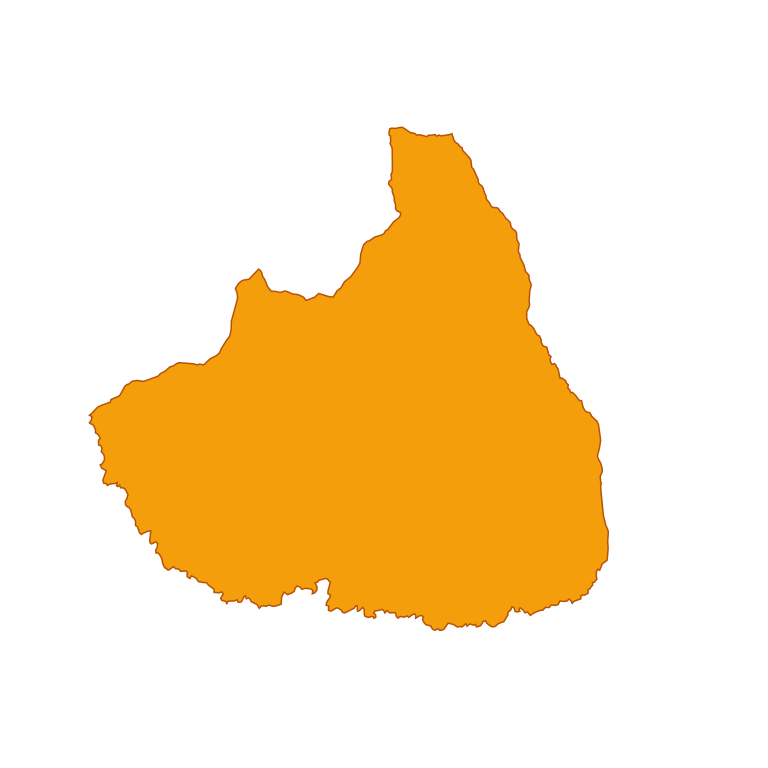 Amambai, Mato Grosso do Sul, Brazil (Equal Earth projection), rotated 199°
{"feature_id": "56859067B60164286614093", "entity_name": "Amambai", "entity_type": "district", "adm_level": 2, "iso_a3": "BRA", "parent_name": "Brazil", "parent_adm1": "Mato Grosso do Sul", "projection": "equal_earth", "projection_center": [-54.945, -23.219], "detail": "fine", "context": "isolated", "style": "filled", "palette": "amber", "viewbox_px": 768, "rotation_deg": 199, "n_neighbors": 0, "source": "geoboundaries", "source_scale": "gbopen_adm2", "svg_char_len": 6171}
<svg xmlns="http://www.w3.org/2000/svg" viewBox="0 0 768 768"><g transform="rotate(199 384 384)"><path d="M504.1,136.9L503.6,139.9L498.8,139.4L495.1,136.7L489.0,137.7L487.2,138.5L484.7,136.8L477.9,134.6L476.9,131.6L471.6,133.0L469.7,134.7L467.7,133.1L468.7,128.1L466.9,126.6L463.1,127.0L461.1,125.2L460.7,127.9L454.7,130.2L452.8,132.2L450.9,130.2L449.0,130.7L447.8,132.1L447.2,136.9L446.1,138.6L444.3,136.1L442.3,137.6L440.6,136.9L438.6,134.9L432.2,134.2L428.9,131.3L427.8,134.0L425.3,135.3L423.2,135.3L421.1,137.4L416.8,137.6L414.5,138.6L409.5,142.3L411.3,148.6L411.2,151.9L410.5,154.7L406.6,153.4L402.5,157.0L401.3,159.1L401.5,161.7L400.6,164.5L397.4,164.8L395.0,163.1L391.8,165.3L386.1,166.4L384.1,165.6L383.5,162.3L381.7,163.7L380.4,166.9L381.0,170.0L384.4,173.6L382.5,175.0L381.4,177.4L376.1,181.0L373.8,181.3L372.1,179.8L370.3,179.3L369.5,169.7L368.7,167.4L365.9,166.9L365.7,164.4L367.2,159.1L366.7,156.0L364.0,156.1L362.9,152.0L360.8,151.8L359.3,152.8L356.4,156.4L354.9,157.2L350.7,156.3L348.7,154.5L346.4,154.9L339.1,162.4L338.6,165.0L337.1,165.5L335.1,160.5L333.5,161.6L331.4,165.8L329.4,164.5L327.7,159.8L326.2,158.1L322.4,158.3L320.4,160.0L318.5,160.6L317.2,159.2L315.8,160.7L316.9,163.2L319.1,164.1L318.6,166.7L316.3,167.5L312.3,170.3L310.3,169.5L308.6,167.8L307.5,170.7L304.1,169.5L298.8,171.5L296.6,168.2L294.6,167.2L293.0,169.5L289.0,170.1L286.5,172.3L284.7,171.4L281.7,175.5L279.9,176.6L278.4,175.2L277.9,172.8L274.5,176.8L272.7,177.2L270.9,176.6L271.0,174.1L268.9,171.7L266.2,170.1L260.9,170.4L259.7,169.0L257.6,167.8L255.3,167.9L253.3,170.2L251.1,169.2L249.2,170.0L247.5,171.7L245.5,178.7L240.0,179.3L235.6,178.1L233.7,179.3L231.1,179.7L228.7,183.9L226.6,182.1L224.8,185.1L220.8,185.1L219.2,186.5L217.5,184.4L214.0,186.8L212.8,192.1L210.5,192.9L208.9,191.3L204.5,189.7L202.4,189.7L199.9,191.0L197.6,195.0L193.3,198.3L191.6,206.0L192.5,208.5L190.6,211.7L190.5,215.0L187.9,214.5L185.9,211.5L183.7,211.9L181.5,213.4L183.0,214.8L182.4,216.7L179.4,215.8L176.2,213.5L174.0,215.2L170.4,212.8L167.5,216.6L164.9,218.9L162.0,221.2L160.2,221.8L158.7,225.2L155.1,226.5L154.0,229.5L149.3,230.7L147.5,232.3L147.1,236.0L142.5,237.2L140.3,238.5L139.0,240.9L136.7,240.0L134.7,237.9L133.5,240.5L128.0,244.9L128.9,247.6L127.4,249.1L125.3,249.9L122.9,252.6L124.0,255.9L122.7,257.5L122.1,260.0L121.2,261.7L122.2,264.0L120.6,265.0L119.2,268.8L120.6,271.3L122.1,275.8L121.5,278.5L119.4,278.1L119.1,285.1L115.7,289.9L116.4,293.2L118.5,301.3L121.3,308.2L123.6,316.8L124.8,318.9L128.6,323.0L133.9,331.4L144.3,354.0L146.1,358.6L146.1,360.9L147.5,362.4L149.5,367.1L149.1,371.8L149.9,374.6L152.9,379.2L158.1,384.1L158.9,386.1L159.4,393.5L160.9,401.5L168.1,415.6L170.6,418.2L177.0,421.0L179.9,423.8L183.7,423.6L185.5,424.3L188.4,427.1L191.7,432.4L194.3,432.2L198.9,435.4L202.9,437.4L204.6,436.7L206.7,439.1L208.8,440.0L209.6,443.3L211.7,444.3L213.5,446.3L217.7,447.5L219.5,446.9L224.4,455.1L226.4,456.2L227.8,458.1L229.8,458.8L231.4,457.1L233.5,458.9L235.0,461.2L235.1,464.4L237.5,465.1L242.1,471.8L246.0,471.7L248.8,474.5L249.7,476.9L252.7,480.1L255.4,480.3L260.5,485.2L264.2,487.4L266.0,487.3L270.2,492.1L272.6,498.7L271.9,503.5L272.3,507.0L273.6,509.0L276.5,519.6L276.9,525.0L278.0,527.2L279.9,528.9L281.4,531.4L282.1,533.8L287.1,536.8L290.2,541.8L296.6,548.1L297.7,550.8L299.5,552.1L300.5,554.3L301.9,560.5L305.4,563.9L307.8,569.9L309.8,571.7L312.6,572.3L315.3,574.2L316.5,576.7L317.8,578.2L323.2,580.6L328.0,584.4L329.8,584.7L333.3,587.3L335.1,587.4L337.7,586.5L340.3,586.7L343.3,589.7L347.2,591.9L348.7,594.9L352.0,598.4L354.3,601.8L356.6,603.4L359.2,604.2L360.5,605.6L361.5,607.9L369.1,616.1L371.5,617.3L374.7,623.9L376.6,625.5L385.7,630.5L386.9,632.6L390.2,633.6L391.9,635.0L395.3,635.8L397.4,637.6L401.3,642.8L403.2,641.1L410.9,637.1L413.0,637.3L415.2,635.4L416.9,636.5L420.6,634.4L422.4,634.0L424.3,631.8L430.4,631.5L434.3,630.0L436.3,630.9L441.2,630.3L449.8,632.7L452.3,631.9L456.0,629.5L460.0,628.4L461.6,627.3L461.1,623.1L460.2,621.1L458.4,620.5L457.9,618.3L456.7,616.0L456.6,613.4L453.7,610.5L452.7,608.7L446.8,592.1L445.3,587.6L445.5,584.2L443.4,579.8L445.1,577.6L444.9,574.6L439.9,571.4L438.7,568.3L435.1,563.9L434.3,561.2L431.2,556.9L430.3,553.7L428.4,552.0L424.2,551.5L423.3,548.6L424.3,545.5L427.7,540.6L430.8,531.1L432.4,529.5L432.9,526.4L434.6,524.3L440.9,519.6L444.5,514.5L446.3,513.5L448.6,509.0L448.3,499.2L446.1,490.5L446.7,486.6L450.4,474.6L454.7,467.7L456.0,460.9L458.7,456.9L460.3,449.6L465.4,448.6L475.1,448.4L477.8,443.5L485.0,437.6L488.2,439.8L490.4,440.2L494.7,440.5L499.4,439.4L506.1,439.9L508.3,439.5L512.1,436.6L516.0,436.4L520.9,435.1L525.5,437.9L530.6,443.8L533.6,446.0L535.7,449.2L537.7,451.0L539.9,451.8L545.9,438.9L550.4,436.7L552.7,434.5L554.3,431.4L555.6,426.0L552.3,421.8L550.7,418.3L550.1,414.8L548.8,393.8L546.4,386.2L545.6,381.2L545.6,378.6L547.3,373.4L549.5,363.6L549.5,360.8L550.3,358.6L551.7,356.3L556.5,351.4L560.7,343.4L564.9,342.8L566.6,341.3L570.5,341.1L584.6,337.5L586.3,336.2L589.4,332.2L591.9,330.6L594.9,325.2L598.8,321.0L600.3,317.7L612.2,308.2L618.5,307.0L622.9,304.7L625.1,301.0L627.0,299.7L628.4,297.2L629.6,289.5L630.5,286.4L637.1,280.5L636.9,277.6L643.0,272.9L647.3,268.8L651.0,260.5L652.3,258.6L649.5,258.1L649.0,254.5L649.9,251.4L648.2,250.8L646.6,251.0L644.8,249.9L642.0,247.0L640.9,243.9L638.7,243.5L636.5,242.2L634.7,240.0L635.6,237.8L633.9,233.3L631.8,233.5L629.8,231.6L629.2,227.8L626.7,226.6L625.1,224.8L624.0,222.7L623.7,220.3L624.5,216.7L626.0,215.2L623.6,212.6L618.4,211.5L618.5,201.5L616.9,199.0L614.3,199.4L612.5,198.0L610.6,200.2L605.9,202.4L604.1,203.9L603.9,200.8L602.2,200.4L601.0,202.2L599.3,200.1L596.8,200.9L594.3,200.1L590.2,196.2L589.8,193.2L590.3,188.4L589.1,185.7L587.2,184.5L584.8,184.1L582.4,182.4L578.6,176.4L576.3,175.5L574.4,173.7L572.9,169.3L570.7,168.8L566.8,163.8L564.6,162.7L561.3,166.3L559.1,168.1L556.7,169.2L554.5,159.4L553.4,157.6L551.6,157.1L548.5,160.4L546.2,159.6L545.3,156.1L545.7,152.5L544.6,150.0L542.7,150.7L539.6,148.9L536.6,145.7L535.2,142.8L531.7,138.9L529.9,138.8L528.4,137.8L526.8,138.1L523.6,142.9L520.9,141.4L518.9,142.1L516.9,141.8L515.3,140.6L510.2,142.8L508.4,141.9L508.2,139.6L507.3,137.7L504.1,136.9Z" fill="#f59e0b" stroke="#b45309" stroke-width="1.5"/></g></svg>